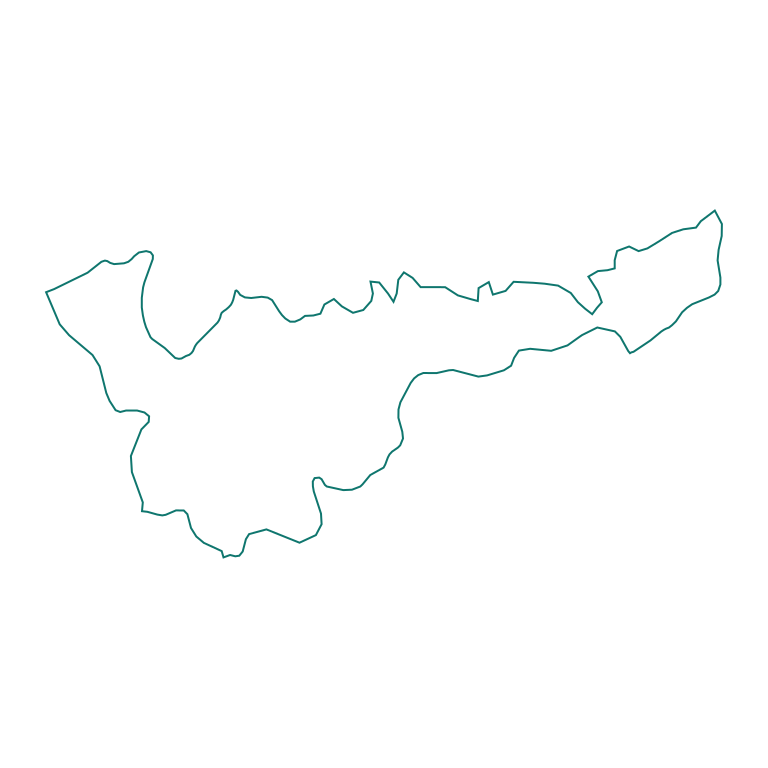 map outline of Mohale's Hoek (Albers equal-area conic projection)
{"feature_id": "LSO-1204", "entity_name": "Mohale's Hoek", "entity_type": "District", "adm_level": 1, "iso_a3": "LSO", "parent_name": "Lesotho", "parent_adm1": "", "projection": "albers", "projection_center": [27.808, -30.085], "detail": "fine", "context": "isolated", "style": "outline", "palette": "teal", "viewbox_px": 768, "rotation_deg": 0, "n_neighbors": 0, "source": "natural_earth", "source_scale": "10m", "svg_char_len": 2880}
<svg xmlns="http://www.w3.org/2000/svg" viewBox="0 0 768 768"><path d="M120.2,412.0L115.6,410.2L109.6,400.9L106.3,393.0L99.6,366.3L92.5,355.0L69.1,335.2L59.7,324.3L46.1,292.2L54.1,289.1L87.6,272.7L101.4,261.8L104.9,260.6L107.3,261.1L110.2,262.9L114.1,264.1L124.0,263.3L128.3,261.8L131.6,259.1L134.2,256.2L138.9,252.5L146.2,251.1L150.6,252.3L152.9,255.4L152.8,259.0L144.4,282.4L143.1,287.4L141.8,297.8L141.8,307.5L142.9,315.4L144.3,321.7L146.0,327.2L149.9,335.9L150.5,337.2L152.2,339.0L164.7,348.0L175.2,358.0L178.8,358.8L181.5,358.5L186.0,356.0L189.3,354.8L191.5,353.0L193.0,351.0L194.9,346.5L196.0,344.7L197.2,343.1L217.5,322.6L218.9,320.5L220.2,317.5L220.9,314.6L221.7,312.8L223.7,311.1L226.2,309.4L228.8,307.1L230.9,304.8L232.2,302.4L233.2,299.8L235.5,290.8L236.5,290.5L238.0,291.8L240.2,294.9L244.9,297.4L251.2,298.0L261.6,296.8L267.7,297.6L272.1,300.1L279.1,311.2L282.0,315.1L285.3,318.5L290.2,321.7L294.8,321.7L300.3,319.4L305.0,315.9L313.3,315.5L320.4,313.7L324.4,304.5L333.9,299.0L341.9,306.4L353.0,312.8L363.3,310.0L371.3,300.9L372.9,293.5L370.5,281.6L379.2,282.5L388.0,293.5L393.5,301.8L396.7,293.5L398.3,279.8L403.9,272.4L412.6,277.9L420.6,287.1L433.3,287.1L445.2,287.2L457.9,295.4L470.6,299.1L477.8,301.0L478.6,288.1L488.8,282.1L492.9,294.6L505.6,290.9L513.6,281.8L533.5,282.8L544.6,283.7L558.1,285.6L570.8,293.0L577.9,302.2L585.1,308.7L592.2,314.2L597.0,307.8L601.8,302.3L597.8,291.3L588.4,276.6L597.9,271.1L607.5,270.2L614.7,268.4L614.7,260.2L617.1,251.0L629.1,246.5L638.6,251.1L647.4,248.4L659.4,241.1L672.1,232.9L683.3,229.3L696.0,227.6L700.8,221.2L714.8,210.6L721.9,224.0L721.7,236.0L718.6,249.9L717.6,260.4L720.4,277.6L720.4,284.5L718.2,291.0L714.6,294.6L708.9,297.5L692.2,304.2L687.0,307.8L682.1,312.3L675.9,321.4L672.0,325.2L668.9,327.6L666.2,328.6L663.9,329.8L661.3,331.5L650.5,340.4L633.5,351.8L631.3,352.4L630.0,353.2L628.2,351.0L620.3,336.8L614.9,331.4L597.3,327.5L582.2,335.0L579.7,336.7L567.5,345.4L551.2,350.8L530.1,348.8L518.9,350.6L514.1,357.9L511.1,365.7L503.9,370.3L487.1,375.4L478.4,376.6L453.1,370.0L448.9,370.3L436.5,373.1L423.3,373.0L418.2,375.1L414.1,378.4L410.7,382.9L400.4,402.3L398.5,409.5L398.4,417.8L402.3,431.8L403.0,438.5L400.2,445.3L397.9,447.6L392.1,451.6L389.5,454.4L387.9,457.4L385.3,464.4L383.6,467.6L370.3,475.0L362.5,484.4L360.3,486.5L352.0,489.7L343.3,490.1L326.8,486.5L324.9,484.9L321.6,479.2L319.2,477.6L314.6,478.1L312.8,481.5L312.9,486.3L313.8,491.5L321.0,513.6L321.6,524.2L315.9,535.1L299.5,542.7L266.4,529.4L249.1,534.1L245.9,539.2L242.7,551.5L239.3,555.7L235.3,556.3L230.1,555.0L223.5,557.4L221.7,551.1L203.9,542.9L196.3,536.5L191.0,528.0L187.4,514.2L183.8,510.5L176.0,510.4L165.7,514.8L162.3,515.4L157.4,514.6L147.7,511.9L147.3,511.8L142.0,511.2L142.8,502.4L131.9,472.1L130.9,456.0L141.4,429.4L148.7,421.9L149.1,416.3L144.5,412.5L137.0,410.5L126.2,410.5L120.2,412.0Z" fill="none" stroke="#0f766e" stroke-width="2"/></svg>